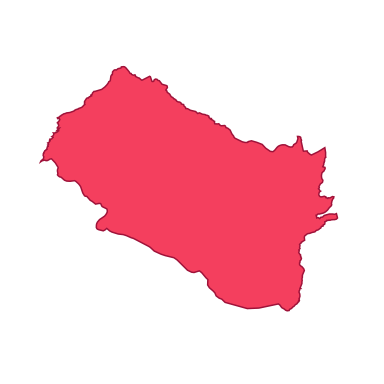 Sigsig, Azuay, Ecuador, rotated 76°
{"feature_id": "8360857B4650736479610", "entity_name": "Sigsig", "entity_type": "district", "adm_level": 2, "iso_a3": "ECU", "parent_name": "Ecuador", "parent_adm1": "Azuay", "projection": "natural_earth1", "projection_center": [-78.88, -3.133], "detail": "fine", "context": "isolated", "style": "filled", "palette": "rose", "viewbox_px": 384, "rotation_deg": 76, "n_neighbors": 0, "source": "geoboundaries", "source_scale": "gbopen_adm2", "svg_char_len": 5924}
<svg xmlns="http://www.w3.org/2000/svg" viewBox="0 0 384 384"><g transform="rotate(76 192 192)"><path d="M252.4,57.1L247.9,57.1L248.2,58.8L247.3,61.1L246.6,64.1L246.7,68.5L246.8,69.5L247.9,71.3L247.7,73.2L248.7,74.5L247.4,75.8L247.2,76.4L247.4,77.2L244.6,77.2L244.7,76.5L244.0,75.6L243.9,74.5L244.2,73.7L244.2,69.6L243.6,67.3L242.3,64.8L240.6,62.8L239.0,60.1L238.1,59.5L237.2,59.6L234.8,58.5L232.9,57.2L232.5,56.3L231.0,55.5L230.4,56.8L231.1,59.6L230.6,61.2L231.1,61.8L230.2,62.7L230.0,63.4L229.7,63.6L229.1,63.3L228.1,64.7L228.1,67.2L227.7,68.6L226.8,69.3L225.6,69.6L224.7,69.5L222.9,68.5L222.3,67.1L222.0,67.5L220.5,67.9L219.5,68.5L218.7,67.4L217.5,67.5L215.3,65.6L214.2,63.1L212.5,62.2L211.6,62.3L210.6,62.8L208.7,62.7L207.0,62.3L204.9,61.3L204.0,59.9L203.8,59.2L201.6,57.2L200.3,57.0L199.1,59.0L197.2,57.5L196.4,57.4L195.4,56.6L195.0,56.7L194.1,55.8L192.8,55.6L191.2,54.8L190.6,53.7L189.9,53.8L186.0,52.8L181.1,52.4L183.5,60.0L185.0,67.2L183.7,68.6L181.8,69.9L181.0,70.3L180.0,70.3L179.4,73.9L179.1,74.1L168.8,73.8L168.3,73.2L166.3,73.5L165.3,73.3L164.4,74.0L163.9,75.1L163.6,76.2L165.9,76.3L168.9,78.2L169.7,79.0L170.7,81.9L171.7,82.6L172.5,83.7L172.2,85.6L171.4,87.2L168.8,90.2L168.1,92.8L168.0,94.2L168.2,96.1L168.5,97.2L169.3,98.7L171.4,101.5L172.4,103.4L172.4,103.9L171.5,106.2L167.3,109.9L162.8,112.4L159.5,117.1L156.7,121.9L156.7,125.1L157.0,126.0L157.3,126.0L157.3,126.4L156.8,128.5L155.5,131.0L150.2,137.3L149.0,138.0L148.1,138.0L145.1,139.3L141.2,140.0L138.7,141.9L137.7,143.5L136.2,143.6L135.4,144.2L134.8,147.7L134.0,148.6L132.5,149.3L132.2,149.7L132.2,150.5L131.4,153.3L130.6,153.5L128.9,153.0L128.3,153.9L127.2,154.5L126.5,155.5L125.5,155.4L125.6,156.5L124.5,156.8L123.9,157.5L123.1,157.3L122.3,157.4L121.2,158.8L120.7,160.0L120.0,160.6L119.0,163.1L117.2,165.3L117.0,165.7L117.2,167.5L114.8,169.0L112.3,173.8L110.1,176.1L109.5,177.9L108.3,177.8L106.7,178.9L105.1,179.0L104.1,181.0L103.0,181.1L102.0,181.9L101.6,182.5L101.3,183.6L100.1,184.9L98.9,185.2L98.4,185.9L97.5,186.3L97.1,187.2L95.7,187.7L94.6,189.1L91.6,190.0L89.3,191.9L87.7,192.0L87.1,192.6L86.7,192.7L84.7,190.6L83.1,190.5L82.6,190.9L80.2,195.0L76.1,196.8L75.4,198.1L74.2,198.7L73.6,200.0L73.9,201.4L75.2,202.3L75.4,203.2L75.0,204.1L70.1,204.5L69.5,205.1L71.2,212.4L71.4,213.2L71.2,213.9L68.6,215.7L68.3,216.4L66.2,218.9L65.3,218.7L64.5,219.0L64.5,220.6L63.3,222.2L62.3,222.4L61.9,223.4L59.9,224.0L55.2,226.3L54.2,227.2L53.8,228.1L53.5,230.3L54.3,230.7L54.5,231.3L54.4,233.9L55.3,235.8L54.8,237.2L55.0,238.3L56.2,240.0L58.8,240.9L59.0,241.1L58.9,241.7L60.0,242.7L64.3,244.4L64.9,246.1L66.1,247.0L67.6,248.9L69.1,251.3L70.6,254.8L70.9,261.7L70.7,262.8L71.9,264.6L73.3,265.5L73.4,266.3L74.1,266.2L73.9,266.8L74.6,266.9L74.8,267.8L74.7,268.5L75.7,269.9L75.4,270.6L75.6,271.6L78.2,274.4L79.2,274.4L79.6,274.9L81.2,274.8L81.5,275.8L82.9,277.8L83.3,279.2L83.6,282.2L84.0,282.6L83.9,284.5L84.2,285.1L84.3,286.1L84.9,287.0L85.3,291.3L84.9,294.8L85.2,295.9L85.1,297.3L86.0,300.4L86.4,300.8L86.4,301.5L87.2,302.7L87.4,304.7L88.3,304.6L88.6,303.0L89.6,302.7L90.7,303.5L92.3,305.9L93.0,305.3L93.6,305.5L94.3,305.2L95.5,305.3L96.5,306.3L96.8,307.0L97.3,307.3L98.0,306.5L98.0,305.2L98.8,306.2L98.9,307.1L99.6,308.1L100.0,306.5L100.3,306.5L100.5,307.2L100.9,307.6L100.7,308.3L101.3,308.6L101.5,309.4L101.2,310.1L101.6,310.7L101.2,312.2L101.9,311.9L102.9,312.3L104.0,313.4L104.3,314.5L105.0,313.7L105.5,313.6L105.8,314.5L106.4,315.0L106.6,315.9L106.3,316.9L106.9,317.0L106.9,317.5L107.4,317.7L107.6,317.1L107.9,317.2L109.1,318.6L109.5,320.1L110.4,319.6L111.1,319.7L111.5,320.7L112.1,320.4L112.9,320.5L113.0,321.3L114.7,322.3L115.5,322.4L115.6,323.3L116.1,323.8L116.4,324.9L117.4,325.6L117.7,326.2L118.5,326.3L118.7,326.9L120.6,327.6L122.0,327.3L123.8,328.1L125.3,331.0L126.1,331.6L125.5,330.1L125.4,327.4L126.3,326.0L126.5,324.5L125.7,321.6L125.8,320.3L130.6,317.6L135.6,316.0L136.2,316.0L137.6,317.0L139.0,317.5L141.8,317.7L142.8,318.4L143.9,317.9L145.2,316.9L146.0,315.4L149.7,312.9L151.1,310.9L152.1,307.6L152.6,303.2L153.6,302.1L156.6,300.1L158.8,299.1L160.4,298.7L166.5,298.2L169.7,297.2L170.3,296.5L170.8,295.1L175.4,292.8L177.0,291.1L180.4,288.5L180.6,285.0L181.0,283.7L181.5,283.3L183.7,283.0L184.6,282.5L187.7,278.8L188.9,278.6L191.0,279.1L193.0,280.9L194.3,282.7L196.4,288.4L198.3,291.0L199.6,292.1L200.8,292.7L203.2,293.4L204.5,293.2L205.2,292.7L206.1,291.5L208.2,287.5L207.7,285.4L206.7,283.5L209.8,281.3L211.5,279.4L214.9,273.8L216.7,269.0L218.5,266.1L221.7,262.0L222.8,260.1L234.4,247.0L235.6,245.9L240.2,242.9L244.9,237.0L247.2,233.4L251.4,225.4L254.4,222.8L266.8,215.3L269.7,211.8L270.6,209.5L270.3,203.9L272.6,202.1L278.6,199.2L280.8,197.8L286.0,199.3L289.1,198.3L293.2,195.4L295.4,194.2L298.6,193.7L301.6,191.3L303.2,189.0L307.1,186.6L318.5,166.5L320.8,155.1L321.5,135.3L322.9,134.1L325.9,132.9L328.0,130.7L329.3,129.8L330.3,128.4L330.5,126.4L329.5,125.7L329.1,123.7L327.8,121.6L327.6,120.7L326.2,118.8L326.0,117.5L325.3,116.5L325.0,116.5L324.4,115.2L323.9,115.2L323.9,114.6L323.5,114.2L323.0,114.4L322.9,114.0L321.6,114.0L321.5,113.7L321.1,113.6L319.3,112.5L317.0,112.1L315.1,112.4L313.9,111.9L313.1,111.2L311.8,110.7L311.9,109.9L311.4,110.2L311.0,110.1L307.4,107.5L305.5,107.0L304.6,106.5L302.8,106.3L301.4,105.5L300.8,105.5L300.2,105.1L299.5,105.1L295.4,102.0L293.4,102.2L290.9,103.5L290.3,104.2L288.6,105.2L286.8,104.8L286.6,104.4L286.0,104.1L285.0,103.9L284.1,102.6L282.7,101.8L281.3,102.3L280.7,101.9L280.0,102.2L279.2,101.9L278.8,102.3L276.7,103.1L274.8,102.1L274.1,102.4L273.0,100.9L271.7,101.0L270.2,100.2L269.1,100.4L268.4,99.7L268.1,98.7L267.1,98.0L267.0,96.9L266.5,96.0L266.1,94.4L263.1,94.0L261.9,93.3L260.4,90.0L260.6,87.8L260.3,85.2L260.4,82.4L259.3,80.6L259.3,79.0L259.0,78.0L258.3,76.7L258.2,75.9L256.7,74.7L256.8,73.1L255.5,72.5L255.5,71.2L254.2,70.5L253.1,70.4L252.7,68.6L252.1,67.9L252.5,67.3L252.4,65.9L252.8,65.1L252.7,63.1L253.3,60.4L253.3,58.5L252.4,57.1Z" fill="#f43f5e" stroke="#9f1239" stroke-width="1.5"/></g></svg>